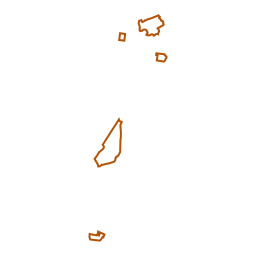 the district of Woorabinda, Queensland, Australia
{"feature_id": "25037944B71447631493326", "entity_name": "Woorabinda", "entity_type": "district", "adm_level": 2, "iso_a3": "AUS", "parent_name": "Australia", "parent_adm1": "Queensland", "projection": "orthographic", "projection_center": [149.585, -24.034], "detail": "fine", "context": "isolated", "style": "outline", "palette": "amber", "viewbox_px": 256, "rotation_deg": 0, "n_neighbors": 0, "source": "geoboundaries", "source_scale": "gbopen_adm2", "svg_char_len": 3493}
<svg xmlns="http://www.w3.org/2000/svg" viewBox="0 0 256 256"><path d="M118.9,119.5L117.7,121.4L116.5,123.3L110.2,133.0L108.6,135.6L102.7,144.8L103.9,146.5L103.5,148.6L100.2,151.3L98.9,152.5L97.0,155.7L94.6,158.9L97.9,164.6L98.2,166.4L99.1,166.3L99.5,166.4L100.0,166.3L101.0,165.6L101.2,165.1L101.4,164.9L101.8,164.7L102.1,164.8L102.3,164.9L102.5,164.8L103.1,164.7L103.4,164.7L104.5,164.4L105.5,164.1L106.0,163.9L106.9,163.8L107.7,163.6L108.5,163.5L110.2,163.0L111.1,162.7L112.1,162.4L113.0,162.1L113.8,161.8L114.5,161.4L114.8,160.9L115.2,160.3L115.3,159.7L115.4,158.8L115.5,158.3L115.8,157.3L116.4,157.3L116.6,156.7L117.3,156.3L117.5,156.0L118.1,155.8L118.1,155.5L118.8,154.8L120.2,151.7L120.2,150.3L120.2,150.0L120.4,143.3L120.4,140.4L120.8,137.7L120.9,132.4L120.6,128.1L120.5,127.8L120.6,127.7L120.4,125.4L120.5,124.7L121.3,123.0L121.6,121.7L120.9,121.6L120.1,121.5L119.6,121.0L119.6,120.9L119.1,120.3L119.0,119.8L118.9,119.5ZM163.4,25.1L163.3,24.9L163.5,24.6L163.6,24.2L163.4,23.9L163.2,23.7L163.3,22.9L163.2,22.5L163.2,22.2L163.0,21.9L163.0,21.4L162.5,20.9L162.2,20.9L161.9,20.9L161.2,20.7L160.9,20.2L161.0,20.0L160.6,19.3L160.5,19.0L160.0,18.5L159.7,18.5L159.3,18.2L159.1,18.0L159.1,17.7L159.4,17.4L159.7,16.8L159.2,16.6L159.0,16.0L158.5,15.6L158.4,15.4L151.7,18.1L148.9,19.1L148.0,19.1L145.2,20.6L144.9,20.5L144.8,20.8L142.3,22.1L142.0,21.6L141.3,20.1L140.0,20.6L139.7,20.6L139.3,20.7L139.2,20.8L139.0,21.1L138.9,21.2L138.9,21.4L138.9,21.6L138.9,21.9L138.8,22.3L138.7,22.5L138.7,22.9L138.7,23.1L138.7,23.3L138.8,23.5L138.9,23.8L138.9,24.0L139.0,24.3L139.1,24.8L139.3,25.2L139.4,25.4L139.4,25.6L139.5,25.9L139.5,26.1L139.6,26.4L139.7,26.6L139.7,26.9L139.7,27.2L139.8,27.4L139.8,28.3L139.7,28.6L139.7,29.0L139.7,29.3L139.7,29.6L139.5,29.9L139.6,30.4L139.7,30.5L139.9,30.7L140.0,30.9L140.1,31.0L140.4,31.1L140.6,31.1L141.0,31.0L141.5,30.8L141.9,30.8L142.0,30.7L142.4,30.2L142.7,30.0L142.9,29.9L143.1,29.8L143.4,29.7L143.7,29.6L143.9,29.5L144.4,29.5L144.7,29.5L145.0,29.6L145.4,29.7L145.7,29.8L145.9,29.8L146.1,29.9L146.2,30.1L146.3,30.2L146.4,30.4L146.7,30.7L146.8,31.0L147.0,31.5L147.4,32.1L147.6,32.3L147.6,32.5L147.5,33.0L147.4,33.3L147.3,33.5L147.1,33.8L146.9,34.0L146.6,34.2L146.5,34.4L146.4,34.6L146.4,34.9L146.6,35.0L147.0,35.1L147.5,35.3L148.1,35.4L148.5,35.4L148.8,35.3L149.3,35.2L149.7,35.2L150.0,35.0L150.4,34.9L150.9,34.6L151.4,34.4L151.7,34.3L152.1,34.3L152.3,34.4L152.6,34.5L153.0,34.7L153.2,34.9L153.3,35.1L153.4,35.3L153.5,35.6L153.9,35.7L154.2,35.6L154.5,35.4L154.8,35.1L155.0,34.8L155.2,34.7L155.3,34.5L155.6,34.3L155.7,34.2L155.8,34.1L156.0,34.1L156.3,34.1L156.6,34.1L157.2,34.1L157.8,34.2L158.1,34.3L158.1,33.3L158.3,32.9L158.9,31.8L159.0,31.3L159.0,30.6L158.6,29.6L157.6,28.3L163.4,25.1ZM89.4,236.7L90.1,239.3L90.2,239.5L95.2,240.1L99.9,240.6L100.0,240.5L101.0,239.5L102.5,237.1L102.6,236.9L103.4,237.3L104.3,234.9L104.4,234.7L104.5,234.5L98.1,231.6L97.7,234.5L97.8,234.5L97.9,234.3L97.9,234.5L98.8,234.0L99.5,234.3L99.0,235.5L98.9,235.4L98.6,235.3L97.9,235.0L97.7,235.1L97.0,234.6L96.7,235.0L96.4,235.2L96.2,235.2L96.1,235.3L89.7,234.0L89.4,236.7ZM163.9,61.6L164.2,61.3L164.5,61.0L164.7,60.8L165.0,60.4L165.3,59.9L165.4,59.4L165.5,59.1L165.7,58.9L166.0,58.4L166.4,57.9L166.5,57.6L166.6,57.1L166.4,56.7L166.3,56.4L165.9,56.1L165.5,55.9L165.1,55.6L164.8,55.1L164.7,54.8L164.6,54.5L164.6,54.3L156.4,53.3L156.2,55.0L157.6,55.1L156.8,60.4L163.9,61.6ZM119.2,40.0L124.3,40.7L125.1,34.0L121.4,33.4L120.1,33.2L119.2,40.0Z" fill="none" stroke="#b45309" stroke-width="2"/></svg>